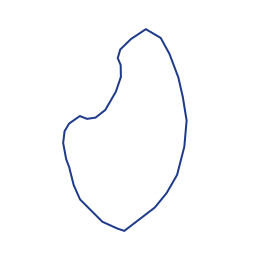 Lamotrek, Federated States of Micronesia (Albers equal-area conic projection), rotated 16°
{"feature_id": "79324940B52587082205524", "entity_name": "Lamotrek", "entity_type": "district", "adm_level": 2, "iso_a3": "FSM", "parent_name": "Federated States of Micronesia", "parent_adm1": "", "projection": "albers", "projection_center": [146.379, 7.457], "detail": "fine", "context": "isolated", "style": "outline", "palette": "blue", "viewbox_px": 256, "rotation_deg": 16, "n_neighbors": 0, "source": "geoboundaries", "source_scale": "gbopen_adm2", "svg_char_len": 513}
<svg xmlns="http://www.w3.org/2000/svg" viewBox="0 0 256 256"><g transform="rotate(16 128 128)"><path d="M98.9,54.7L98.9,63.7L103.6,69.5L107.1,80.9L106.3,96.5L101.2,116.9L93.9,127.0L86.1,130.5L78.4,129.8L70.2,139.9L67.9,148.5L69.8,160.3L77.2,175.1L82.2,181.8L91.5,197.8L101.6,209.9L129.2,225.2L145.5,227.6L152.8,227.9L175.7,197.0L183.1,179.8L188.1,159.5L187.3,130.5L182.3,104.7L172.2,83.2L162.5,65.6L147.4,45.3L134.6,32.4L117.9,28.1L106.3,41.7L98.9,54.7Z" fill="none" stroke="#1e3a8a" stroke-width="2"/></g></svg>